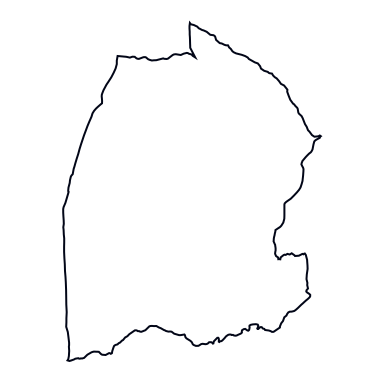 outline of Dekese, Kasaï-Occidental, Democratic Republic of the Congo
{"feature_id": "63176286B23528212594514", "entity_name": "Dekese", "entity_type": "district", "adm_level": 2, "iso_a3": "COD", "parent_name": "Democratic Republic of the Congo", "parent_adm1": "Kasaï-Occidental", "projection": "robinson", "projection_center": [21.532, -3.234], "detail": "fine", "context": "isolated", "style": "outline", "palette": "ink", "viewbox_px": 384, "rotation_deg": 0, "n_neighbors": 0, "source": "geoboundaries", "source_scale": "gbopen_adm2", "svg_char_len": 5807}
<svg xmlns="http://www.w3.org/2000/svg" viewBox="0 0 384 384"><path d="M257.8,63.4L254.9,62.4L251.9,60.7L248.9,59.0L247.7,57.5L245.6,56.3L245.0,56.0L241.7,54.8L236.1,53.4L233.6,52.2L232.3,51.1L230.9,49.0L229.1,47.4L228.0,45.3L226.0,45.3L224.4,44.8L221.8,43.5L219.7,43.1L216.1,39.9L215.1,36.5L214.3,35.7L213.4,35.2L210.3,34.8L206.7,31.8L203.6,30.4L202.1,30.0L199.7,28.7L198.8,28.3L197.2,26.6L193.8,25.0L190.9,24.3L189.9,23.0L189.5,26.0L189.5,28.6L189.7,31.7L189.7,34.5L189.9,37.2L190.0,39.8L190.1,43.8L190.2,45.9L190.2,47.3L190.3,48.0L195.2,57.4L192.7,55.8L192.1,55.1L191.6,54.5L188.8,53.7L187.9,53.1L186.8,52.9L183.6,53.7L180.8,55.0L175.8,54.2L174.0,54.4L172.7,55.0L168.0,58.6L166.7,59.0L164.2,58.8L163.2,58.4L156.3,60.2L153.7,60.3L151.9,60.5L149.5,59.8L148.1,59.2L146.0,57.4L145.1,57.1L143.4,57.2L138.9,58.9L137.3,58.7L136.3,58.2L134.8,56.9L134.7,56.8L132.4,56.7L129.9,57.6L126.3,56.8L117.6,56.0L116.8,60.6L116.8,64.1L115.6,68.5L113.7,72.7L111.3,77.3L108.4,81.8L106.5,84.6L103.5,90.2L102.4,93.0L101.8,94.8L101.7,96.4L101.9,98.3L102.1,101.1L102.0,103.3L100.3,104.7L97.8,106.9L96.0,108.6L94.1,110.8L92.5,113.4L91.5,116.7L89.3,121.7L87.5,126.0L85.8,130.6L84.0,135.4L82.7,139.3L81.0,144.4L79.6,148.9L78.2,154.1L76.8,158.4L75.3,163.4L74.4,166.7L73.7,168.8L73.3,170.9L72.7,174.2L71.4,175.6L70.8,176.8L70.0,180.2L69.7,183.0L68.5,187.5L68.2,190.6L68.3,191.7L68.6,191.9L68.5,192.4L65.4,202.9L63.6,207.1L63.2,209.0L63.2,212.4L63.4,216.2L63.7,220.6L63.8,223.9L63.3,227.2L63.6,229.9L63.7,232.1L63.8,234.5L64.2,238.3L64.2,242.4L64.1,246.7L64.1,251.9L64.4,258.3L64.8,264.2L65.0,271.0L65.5,276.9L65.8,282.1L66.1,290.1L66.2,296.9L66.3,304.6L66.7,312.2L66.4,318.2L66.4,322.5L66.2,326.8L67.8,332.0L68.5,337.5L69.1,342.7L69.1,345.2L68.9,346.6L69.2,351.0L69.0,354.0L68.9,356.0L68.3,359.1L67.5,360.4L69.4,361.0L73.1,359.8L73.9,359.5L74.3,359.3L75.3,358.7L78.3,358.2L79.1,358.7L79.9,358.7L80.9,358.4L82.1,358.5L84.1,357.9L87.4,354.7L91.5,352.3L93.0,351.8L93.3,351.8L93.8,351.6L98.8,351.8L101.1,354.1L102.1,354.7L105.6,355.0L109.1,353.1L109.6,353.1L110.0,353.2L110.7,353.8L111.1,353.7L111.7,353.3L111.9,353.2L112.3,351.0L113.6,347.1L114.2,345.8L115.4,345.0L116.0,344.8L117.5,344.4L118.7,343.2L120.0,342.6L122.0,340.6L123.1,340.0L125.1,337.5L127.4,336.2L129.3,334.2L132.5,332.0L134.8,330.4L135.5,330.3L136.7,330.4L137.8,331.1L139.1,331.1L139.6,331.4L140.0,331.6L141.2,331.8L142.4,331.4L145.4,330.2L149.3,326.4L149.8,326.2L150.4,326.0L150.7,326.0L151.9,325.9L154.0,326.1L156.3,326.0L156.9,326.3L158.7,327.4L160.8,328.2L164.1,330.1L164.6,330.2L165.5,330.7L166.0,331.0L168.4,331.6L170.2,331.5L171.6,331.7L174.2,333.7L176.6,334.4L179.0,335.1L180.8,335.1L184.4,334.5L184.9,335.1L185.5,337.3L186.5,338.4L190.5,340.9L191.8,342.2L192.3,343.2L192.7,344.1L193.5,344.9L195.9,345.9L198.5,345.8L201.2,344.1L202.6,343.8L205.5,344.2L206.8,344.0L208.1,343.3L209.0,342.3L209.7,342.2L211.2,342.2L211.6,342.4L211.9,342.5L212.3,342.9L212.9,343.6L213.4,343.4L213.6,342.2L214.0,341.2L217.3,337.8L218.3,337.8L218.7,338.4L218.9,339.6L218.8,341.7L219.3,342.0L220.0,341.3L221.5,341.1L222.7,340.1L224.6,338.1L226.0,336.4L227.2,335.5L228.3,334.8L229.6,334.5L230.8,334.5L231.6,335.0L233.0,334.9L234.0,335.5L235.5,335.7L236.7,335.5L237.4,335.1L240.8,333.6L241.9,332.6L241.8,331.5L242.0,330.3L242.9,329.7L243.6,329.2L245.2,328.9L247.3,330.4L248.2,330.7L248.9,330.2L249.2,329.7L249.6,327.6L249.4,326.1L249.6,325.5L250.8,324.8L252.8,324.4L255.5,324.2L256.7,324.3L256.8,324.3L257.4,324.6L257.8,324.7L257.8,324.9L258.3,325.9L257.5,328.1L257.3,328.6L257.7,329.0L258.2,329.0L260.3,327.1L260.9,327.1L261.6,327.1L261.9,327.3L262.4,328.0L262.8,328.5L264.3,328.9L265.1,330.0L268.8,330.5L270.6,331.1L272.0,331.9L273.6,331.8L279.9,327.5L279.9,326.5L281.2,323.3L283.0,321.0L284.3,317.3L286.5,315.5L287.0,314.2L288.3,312.4L289.7,311.7L291.1,311.7L292.7,311.4L294.4,310.9L296.0,309.7L297.8,308.1L301.3,304.7L302.7,303.5L304.3,302.0L306.2,300.3L307.7,299.1L309.0,297.9L309.7,297.2L310.2,296.2L310.2,294.8L309.5,294.1L308.3,293.2L307.4,292.7L306.3,291.6L306.5,290.3L308.0,288.5L307.2,285.1L307.4,282.9L306.5,279.1L306.8,274.5L307.6,268.9L307.5,265.7L307.2,261.6L307.1,259.8L305.8,254.9L305.1,253.9L304.8,253.5L304.1,253.7L303.5,254.3L302.4,253.9L298.9,255.7L295.0,256.0L294.6,255.4L291.7,253.3L289.7,254.5L287.4,253.9L285.7,254.9L284.5,254.7L283.8,255.0L283.3,255.3L280.7,257.4L280.3,259.3L279.1,259.1L278.3,259.2L278.1,257.5L278.0,257.4L277.0,256.7L276.1,256.1L275.9,255.7L275.7,255.2L275.3,254.3L275.1,253.6L275.1,253.2L275.2,252.7L275.3,251.8L275.4,251.4L275.5,250.9L275.6,250.5L275.6,248.3L275.5,247.8L275.5,247.3L275.3,246.3L275.2,245.7L275.2,245.2L275.1,244.7L274.8,244.2L273.8,241.8L273.6,241.4L273.7,240.5L273.7,240.0L273.8,239.0L273.8,238.6L273.9,238.0L274.0,237.5L274.2,236.5L274.4,235.9L274.6,234.9L274.7,234.3L274.9,233.3L275.0,232.8L275.2,232.2L275.3,231.7L275.5,230.0L280.2,226.9L281.4,225.6L282.4,224.0L283.3,222.6L284.3,218.8L284.4,215.5L284.4,213.0L284.4,210.5L284.4,204.5L284.7,203.4L286.1,202.0L287.6,200.9L289.5,199.6L290.8,198.7L294.0,195.5L296.9,192.4L299.0,189.9L300.5,187.5L301.6,184.2L302.5,181.0L303.1,175.6L303.4,171.5L303.5,169.1L303.1,167.7L302.3,166.3L301.4,164.4L301.7,163.0L302.5,160.9L305.7,157.1L307.3,155.4L309.1,153.6L310.8,152.3L311.5,151.4L312.5,149.5L313.5,144.4L314.3,141.4L315.5,140.2L317.0,139.3L318.9,138.3L319.7,137.9L320.3,136.6L320.8,136.2L319.8,135.5L319.1,135.9L318.4,136.3L314.4,136.7L312.0,135.1L309.5,131.7L308.1,130.3L307.8,129.7L306.7,126.8L305.0,124.1L302.7,118.2L301.6,116.1L298.8,113.5L298.3,112.4L297.7,108.8L297.2,107.8L295.3,105.9L294.1,104.3L293.1,103.7L290.3,99.8L288.6,95.6L287.2,91.7L287.4,89.7L284.1,85.5L281.4,84.1L280.9,83.8L279.2,81.3L276.7,78.4L274.8,77.2L273.1,75.5L272.0,73.6L269.5,73.2L268.7,72.8L267.8,71.9L264.2,70.8L261.0,68.6L260.1,66.2L257.8,63.4Z" fill="none" stroke="#020617" stroke-width="2"/></svg>